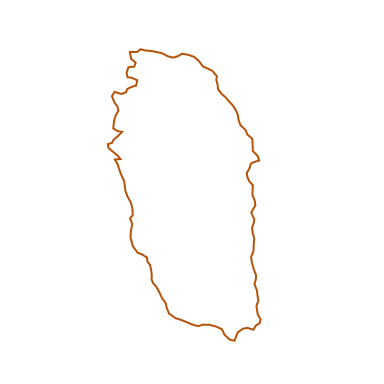 the district of Jambeiro, São Paulo, Brazil, rotated 122°
{"feature_id": "56859067B251239701216", "entity_name": "Jambeiro", "entity_type": "district", "adm_level": 2, "iso_a3": "BRA", "parent_name": "Brazil", "parent_adm1": "São Paulo", "projection": "equal_earth", "projection_center": [-45.713, -23.277], "detail": "fine", "context": "isolated", "style": "outline", "palette": "amber", "viewbox_px": 384, "rotation_deg": 122, "n_neighbors": 0, "source": "geoboundaries", "source_scale": "gbopen_adm2", "svg_char_len": 1898}
<svg xmlns="http://www.w3.org/2000/svg" viewBox="0 0 384 384"><g transform="rotate(122 192 192)"><path d="M178.1,130.8L173.3,131.1L169.8,131.1L165.7,134.6L162.7,139.0L159.2,141.1L154.0,144.0L152.5,149.3L149.9,153.0L146.8,155.7L141.9,155.7L136.8,157.1L133.6,155.2L129.7,151.7L126.6,155.5L125.0,162.1L119.4,165.9L114.9,169.1L113.9,175.6L111.1,179.3L109.6,186.4L106.4,190.5L102.0,194.3L99.0,198.9L96.8,203.6L95.6,208.7L93.9,213.8L93.2,218.5L91.1,224.4L87.4,227.2L84.1,230.7L80.6,232.3L78.5,239.1L78.9,243.7L79.8,249.0L77.2,255.7L76.3,261.8L77.6,267.8L80.1,273.8L84.1,275.8L88.1,279.3L89.7,284.4L90.2,290.9L93.3,299.6L96.7,306.6L98.2,311.3L102.4,312.8L106.2,318.9L111.3,314.2L112.2,308.3L116.3,307.5L119.9,312.0L125.5,310.7L128.8,307.5L126.9,303.3L126.3,297.6L131.3,295.8L135.4,299.3L139.1,301.5L142.4,300.8L146.3,303.9L148.1,310.7L153.1,310.7L157.2,305.3L159.0,300.4L162.2,297.4L166.8,297.3L171.6,296.3L176.3,294.2L179.8,292.5L179.8,287.6L178.1,283.2L183.8,284.4L189.2,286.2L192.8,285.9L196.0,288.7L199.0,286.0L200.5,274.5L202.0,270.1L205.3,274.6L207.9,269.8L213.0,263.7L215.9,259.7L218.8,255.2L226.0,249.4L229.9,244.5L233.5,238.0L238.2,233.3L243.2,229.9L247.1,230.6L250.8,225.7L258.4,222.7L263.4,219.8L269.4,213.3L272.3,206.0L271.4,201.1L271.4,195.6L274.6,192.9L276.2,188.9L279.7,185.4L284.2,181.8L287.5,180.0L289.9,176.7L291.4,171.8L294.0,167.1L297.9,161.1L300.3,155.2L303.6,152.2L307.3,147.0L307.7,139.0L306.2,133.3L305.2,127.4L304.2,121.1L302.4,115.5L298.5,112.3L295.3,106.5L293.4,100.6L292.5,93.9L295.8,88.9L297.2,82.0L295.7,77.2L291.3,78.0L286.9,78.8L280.8,76.3L277.8,72.8L276.2,66.9L271.6,67.1L267.4,65.1L263.6,66.4L260.9,71.5L254.4,77.0L248.8,78.2L244.9,81.7L241.2,84.7L236.9,90.2L231.7,91.8L228.3,93.9L225.3,98.1L219.4,104.5L216.0,107.3L209.5,108.6L204.2,111.6L198.6,114.5L194.2,119.2L190.3,122.2L185.5,123.2L182.3,124.6L178.1,130.8Z" fill="none" stroke="#b45309" stroke-width="2"/></g></svg>